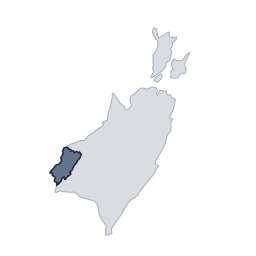 location of Võru within Estonia, rotated 120°
{"feature_id": "EST-2351", "entity_name": "Võru", "entity_type": "County", "adm_level": 1, "iso_a3": "EST", "parent_name": "Estonia", "parent_adm1": "", "projection": "robinson", "projection_center": [26.896, 57.737], "detail": "fine", "context": "in_parent", "style": "filled", "palette": "slate", "viewbox_px": 256, "rotation_deg": 120, "n_neighbors": 0, "source": "natural_earth", "source_scale": "10m", "svg_char_len": 4282}
<svg xmlns="http://www.w3.org/2000/svg" viewBox="0 0 256 256"><g transform="rotate(120 128 128)"><path d="M205.9,173.0L205.0,173.1L200.4,172.6L195.3,170.8L193.0,169.5L190.8,169.6L188.2,170.4L178.6,172.9L176.3,172.3L170.9,169.9L168.1,167.2L162.0,162.0L161.5,160.7L160.7,159.7L154.2,158.4L151.8,156.5L149.8,156.2L146.8,155.2L139.2,151.1L137.3,150.7L136.8,151.4L137.0,152.4L136.5,152.9L135.5,152.9L133.8,151.4L131.6,150.1L125.0,152.6L122.6,153.3L120.5,153.4L110.0,156.7L106.7,158.5L105.4,158.3L105.8,156.6L110.3,148.2L111.2,141.5L112.8,140.6L113.2,139.7L112.6,137.6L108.1,136.2L106.3,136.4L104.6,138.7L102.9,140.4L98.8,141.4L95.4,139.6L87.5,137.3L85.5,134.2L85.1,131.1L80.9,128.1L79.2,124.5L80.0,122.0L83.9,120.4L85.0,119.0L80.2,119.2L79.2,118.9L79.0,117.6L77.0,113.3L78.9,111.6L79.8,109.9L78.2,108.5L78.7,106.9L79.9,105.3L79.3,101.5L84.1,99.5L88.8,98.1L98.7,97.3L97.8,93.9L101.7,93.7L108.5,89.6L115.1,90.3L124.8,87.5L143.3,87.5L145.8,85.9L145.4,84.2L145.5,82.5L148.9,82.9L154.8,82.6L176.5,86.1L181.9,86.1L189.3,89.6L193.3,90.5L205.1,90.5L223.3,92.1L226.9,89.7L227.2,89.1L229.0,90.4L231.2,92.6L231.8,93.8L231.0,94.5L228.8,95.1L228.4,95.8L227.4,96.9L224.8,97.1L223.5,98.0L222.0,101.6L219.0,107.6L214.6,112.2L211.0,114.7L209.4,116.7L208.4,119.0L208.2,121.3L211.7,134.1L211.6,136.4L210.8,138.8L210.3,141.2L210.8,143.3L213.0,146.8L215.5,152.2L216.5,155.6L218.1,156.8L219.7,157.7L220.0,158.3L219.9,158.9L219.1,159.6L212.2,161.4L211.3,162.9L210.5,164.6L207.5,167.1L206.5,169.4L206.0,172.1L205.9,173.0ZM49.8,126.1L52.1,127.2L54.3,126.8L56.5,126.1L61.2,126.8L71.9,132.0L72.9,133.4L66.4,134.1L64.9,135.7L63.3,136.8L61.5,137.2L58.3,139.4L54.0,141.6L53.1,142.9L45.4,142.6L41.2,143.5L37.7,145.9L36.2,150.5L33.6,154.2L31.0,155.5L28.4,155.7L27.8,154.3L28.1,153.0L33.8,147.8L35.0,146.2L32.3,145.4L30.0,143.6L25.1,141.5L24.2,139.8L25.4,139.7L26.6,139.2L27.9,137.8L28.6,136.2L24.8,131.4L26.9,130.7L29.4,130.9L32.0,132.3L34.9,130.6L36.1,130.4L38.1,131.0L40.2,127.9L45.1,126.8L47.5,125.9L49.8,126.1ZM60.2,117.3L57.4,119.4L55.8,118.6L55.0,117.6L51.4,122.3L47.4,123.2L45.2,122.2L45.4,120.4L43.4,115.7L40.0,114.4L35.2,114.2L31.8,112.3L45.2,111.0L46.6,108.7L49.4,106.4L51.5,106.1L53.2,106.7L53.5,108.5L53.9,109.2L59.9,110.2L62.2,113.3L63.0,117.0L60.2,117.3ZM73.7,129.2L70.9,129.6L64.5,126.6L66.1,124.5L67.9,123.7L73.4,124.9L74.1,128.1L73.7,129.2Z" fill="#d9dde1" stroke="#a8b0b8" stroke-width="1"/><path d="M177.5,173.5L176.9,173.1L175.8,172.0L175.3,171.6L175.2,170.9L175.4,170.0L175.2,169.8L175.1,169.6L175.1,169.4L175.3,169.2L175.9,168.9L176.2,168.7L176.3,168.4L176.3,168.2L175.6,167.6L175.2,167.2L175.7,166.3L176.4,165.9L176.5,165.6L176.5,165.3L176.1,165.0L175.7,164.8L175.4,164.5L175.4,164.1L175.2,163.7L175.4,163.3L175.8,163.2L176.0,162.9L176.2,162.3L176.1,162.0L175.8,161.7L174.9,161.5L174.0,161.0L174.0,159.6L173.9,159.4L174.4,158.6L174.1,158.1L173.1,158.0L173.1,157.6L173.3,157.3L173.7,156.8L173.9,156.3L173.9,155.9L173.9,155.6L174.0,155.3L175.1,155.1L178.9,154.7L180.2,155.0L180.5,155.2L181.1,155.3L182.0,155.4L182.9,155.3L183.6,155.1L185.4,155.4L186.4,155.8L189.4,155.6L190.1,155.7L190.9,155.6L191.8,155.3L195.5,156.3L195.7,156.1L195.6,155.1L196.0,154.8L196.7,154.6L197.0,154.6L197.3,154.6L197.8,154.8L200.0,155.9L201.8,156.5L202.3,156.6L202.7,156.6L202.9,156.5L203.0,156.4L203.5,156.3L204.0,156.8L204.1,157.4L203.0,158.1L202.6,158.5L202.4,159.1L202.6,159.3L202.8,159.4L203.1,159.3L203.3,159.3L203.6,159.4L204.1,160.0L204.8,160.1L206.1,159.6L207.2,159.4L209.1,159.7L212.3,160.6L212.6,160.8L212.0,160.9L211.6,161.0L211.8,161.1L212.5,161.6L211.6,161.9L211.2,162.2L210.8,162.5L210.7,163.3L211.1,164.5L211.0,165.0L210.5,165.4L207.7,166.1L207.2,166.5L206.8,167.1L206.7,167.5L206.8,167.9L206.9,168.5L207.0,168.6L207.0,169.6L206.9,169.8L206.6,170.0L206.2,170.2L205.8,170.2L205.4,170.3L205.1,170.7L205.1,171.2L205.3,171.9L205.7,172.6L205.9,173.0L204.8,173.5L199.7,172.2L197.0,172.1L196.2,171.8L195.6,171.3L194.3,170.0L193.5,169.5L192.4,169.3L191.8,169.3L191.2,169.4L190.7,169.3L190.4,169.0L189.9,168.8L189.3,169.0L188.8,169.5L188.5,170.1L188.1,170.7L187.4,171.2L186.8,171.3L184.2,171.2L183.1,171.4L182.0,171.9L181.0,172.5L180.8,172.8L180.7,173.1L180.5,173.3L180.2,173.5L179.9,173.4L179.3,173.1L179.0,173.0L178.5,173.2L178.1,173.5L177.5,173.5Z" fill="#64748b" stroke="#1e293b" stroke-width="1.5"/></g></svg>